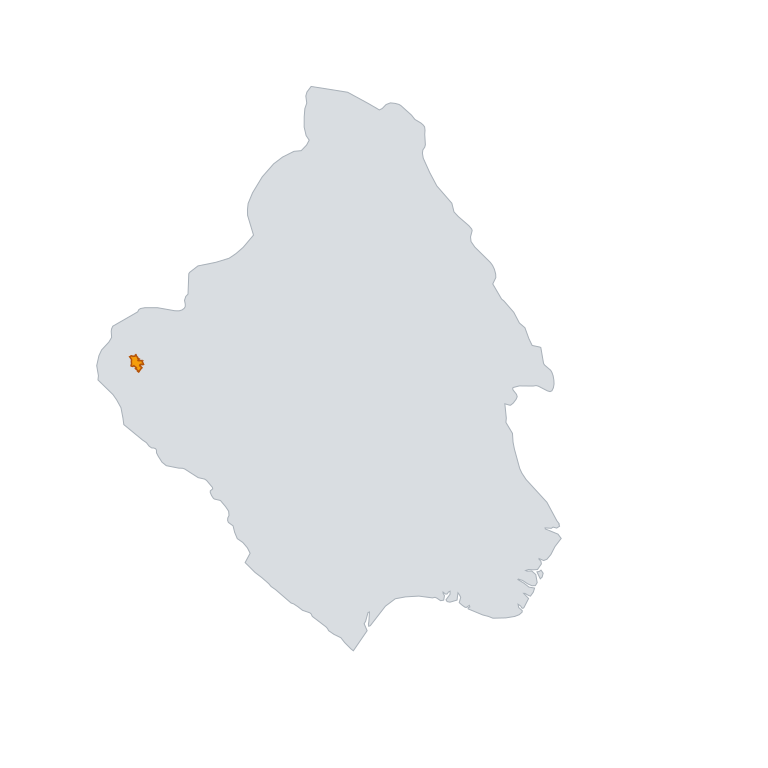 Wamakko, Sokoto, Nigeria shown in context, rotated 308°
{"feature_id": "59680162B10831398447622", "entity_name": "Wamakko", "entity_type": "district", "adm_level": 2, "iso_a3": "NGA", "parent_name": "Nigeria", "parent_adm1": "Sokoto", "projection": "equal_earth", "projection_center": [5.187, 13.089], "detail": "fine", "context": "in_parent", "style": "filled", "palette": "amber", "viewbox_px": 768, "rotation_deg": 308, "n_neighbors": 0, "source": "geoboundaries", "source_scale": "gbopen_adm2", "svg_char_len": 5802}
<svg xmlns="http://www.w3.org/2000/svg" viewBox="0 0 768 768"><g transform="rotate(308 384 384)"><path d="M573.6,143.4L591.5,175.7L595.5,199.7L597.1,211.6L600.0,213.0L605.5,213.6L609.5,216.0L611.9,219.9L613.5,223.6L613.8,225.8L612.8,240.2L611.5,245.4L612.4,252.6L612.2,255.6L611.6,257.7L609.2,260.1L605.8,262.4L598.0,269.3L595.7,270.3L592.4,270.5L589.5,272.2L586.1,275.9L578.8,289.8L572.6,303.7L568.2,326.2L562.7,333.2L561.7,339.4L561.0,353.5L560.1,357.7L559.2,359.0L553.2,361.6L549.8,364.9L547.8,371.3L545.3,392.9L544.3,396.5L542.4,400.3L539.4,404.3L536.7,406.6L529.8,408.1L523.3,424.4L523.3,427.2L520.4,442.1L515.4,453.2L515.1,460.4L508.9,470.3L505.6,477.0L509.0,484.0L509.3,485.1L498.5,497.0L497.8,498.8L497.4,507.0L496.5,509.2L494.6,512.2L491.6,515.5L488.7,518.0L485.3,519.8L482.0,520.5L480.2,519.5L479.2,517.0L477.3,506.9L476.4,504.8L474.2,502.8L465.8,491.8L460.7,487.9L459.6,488.2L458.8,489.2L457.4,494.8L456.0,496.8L453.3,497.5L448.6,497.6L445.2,496.8L444.5,495.7L442.8,491.4L432.4,501.4L428.8,503.7L424.2,515.6L417.6,521.5L413.1,526.7L401.0,542.9L398.6,547.6L396.2,554.8L391.1,585.2L382.7,604.3L381.6,608.3L381.1,608.2L380.0,609.9L376.8,608.8L375.3,605.3L373.3,604.7L369.8,599.5L369.1,600.4L372.8,613.5L371.4,618.7L361.2,618.8L352.3,620.5L346.3,620.3L343.2,618.5L341.9,613.6L341.3,614.1L341.0,616.7L339.1,618.8L332.3,619.2L329.3,615.8L326.8,612.1L324.2,610.4L324.6,612.0L327.6,615.6L327.3,620.9L321.8,627.0L318.3,627.4L316.1,624.7L315.0,620.4L314.5,614.1L313.0,609.9L312.3,609.9L313.2,616.8L313.2,623.3L315.9,628.3L311.9,629.8L307.0,630.0L306.4,628.2L305.8,624.0L305.0,622.9L304.0,630.0L294.1,631.9L292.7,631.6L292.4,630.3L293.2,628.4L293.0,625.2L290.8,627.7L290.5,632.5L289.2,633.3L285.5,632.6L281.3,630.1L274.7,624.0L266.5,614.0L265.2,609.5L262.8,604.0L258.6,588.8L259.3,588.1L261.2,588.9L262.1,587.5L258.7,586.5L258.0,585.4L257.8,582.0L258.0,577.9L263.1,575.8L264.3,573.3L265.0,570.8L258.7,574.6L252.7,570.3L251.4,567.7L252.1,565.7L259.0,565.5L261.4,563.6L259.9,562.9L257.3,563.0L256.3,561.7L256.4,558.6L255.5,559.3L254.4,562.0L250.4,564.1L248.1,562.0L247.8,557.5L247.3,555.5L245.3,553.9L238.3,542.0L229.5,532.0L221.7,525.1L209.8,521.9L185.1,522.0L183.7,521.1L185.2,519.5L187.4,518.4L195.4,512.9L194.0,512.1L185.7,515.6L182.9,515.9L179.2,522.6L154.9,524.1L154.9,521.0L156.0,512.3L157.5,506.2L155.9,498.8L155.5,492.2L156.5,490.1L156.9,487.6L156.7,470.6L158.0,468.1L158.0,466.3L155.5,459.1L155.5,453.5L155.1,448.1L154.2,445.6L155.2,424.9L154.9,419.7L155.7,416.1L156.2,407.1L156.1,398.3L157.8,384.5L168.2,382.7L170.8,377.2L172.2,370.4L171.8,363.6L175.2,357.6L179.3,352.4L179.1,346.6L180.2,344.8L182.2,343.4L185.0,342.8L188.1,339.9L189.8,334.8L191.5,326.8L188.9,321.1L188.9,319.9L189.9,316.9L191.6,313.8L192.9,312.9L195.9,313.6L196.9,312.4L198.8,303.5L198.6,301.1L195.8,295.2L194.3,279.1L193.5,277.0L191.3,274.0L185.6,262.7L185.7,257.3L188.1,250.5L189.7,247.1L191.9,245.3L192.4,243.7L191.7,241.8L190.6,240.3L190.4,237.2L191.5,232.9L191.2,228.2L191.8,204.0L196.5,199.2L203.4,191.3L206.9,183.1L208.8,176.9L211.1,156.1L214.7,153.9L221.6,146.3L230.9,141.9L237.0,140.5L247.6,141.4L253.0,140.7L257.6,136.6L259.7,135.4L262.6,134.7L289.2,145.5L291.6,145.0L293.6,145.7L296.9,148.6L304.7,158.6L313.0,174.2L315.5,177.5L318.1,179.3L320.7,180.0L322.7,179.7L324.6,178.2L327.1,175.3L331.0,173.9L334.2,174.2L350.7,162.3L352.3,162.1L362.5,164.7L376.4,176.6L387.7,184.5L395.7,187.1L405.0,188.9L421.0,189.5L432.9,172.7L437.3,169.1L442.6,165.8L453.8,162.7L472.3,160.5L489.6,161.5L500.5,164.4L511.9,169.8L516.9,175.1L524.6,175.9L530.1,174.9L531.8,169.7L537.3,162.9L545.6,156.5L552.3,152.1L557.8,150.2L562.8,145.1L566.7,143.5L573.6,143.4ZM332.9,625.9L329.2,627.5L326.7,627.1L330.1,620.2L331.8,621.7L334.0,622.3L332.9,625.9Z" fill="#d9dde1" stroke="#a8b0b8" stroke-width="1"/><path d="M242.4,183.3L242.5,183.3L243.1,183.4L243.3,183.3L243.9,183.2L244.3,183.2L244.5,183.2L244.8,183.1L245.2,183.1L245.5,183.2L245.8,183.1L246.0,183.1L246.5,183.1L246.8,183.1L247.2,183.2L247.6,183.3L247.8,183.3L247.9,181.5L248.3,181.4L248.3,181.2L248.3,180.7L248.3,180.4L248.0,180.4L247.9,180.2L248.0,180.1L248.7,179.8L249.0,180.1L249.4,180.1L249.6,180.1L249.8,180.3L250.1,180.4L250.3,180.7L250.3,180.8L250.2,181.0L250.3,181.1L250.5,181.4L250.7,181.6L250.6,181.8L250.7,182.0L250.8,182.1L251.0,182.3L251.4,182.4L251.4,182.1L251.4,181.9L251.7,181.9L252.0,181.6L252.1,181.2L252.3,180.7L252.4,180.2L252.9,179.9L252.9,179.7L253.0,179.5L253.0,179.4L253.1,179.5L253.2,179.4L253.3,179.4L253.2,179.3L253.2,179.2L253.3,179.0L253.2,179.0L253.2,178.9L253.1,178.7L253.0,178.4L252.9,178.3L252.9,178.2L252.8,177.9L252.7,177.9L252.5,177.7L252.4,177.5L252.1,177.4L252.1,177.2L251.9,177.0L251.9,176.9L251.8,176.7L251.6,176.6L251.3,176.3L251.3,176.2L251.2,176.1L251.1,175.8L251.3,175.8L251.4,175.7L251.5,175.6L251.8,175.6L251.8,175.4L252.0,175.3L252.2,175.2L252.3,175.2L252.4,175.3L252.5,175.3L252.5,175.5L252.8,175.7L253.0,175.7L252.9,175.3L252.8,174.8L252.7,174.8L252.6,174.2L252.8,174.0L253.0,173.9L253.3,173.6L253.4,173.4L253.4,173.2L253.4,172.9L253.4,172.7L253.4,172.4L253.5,172.3L253.5,172.2L253.6,171.9L253.7,171.7L253.8,171.5L253.8,171.4L254.1,171.0L254.2,170.9L254.3,170.8L254.4,170.4L253.6,170.2L253.1,170.4L252.7,170.6L252.4,170.5L252.2,170.2L251.9,169.9L251.2,169.2L251.4,168.9L251.2,168.7L250.9,168.3L250.9,168.2L250.7,167.6L250.6,167.4L250.0,167.2L249.8,167.3L249.5,167.2L248.9,166.8L248.6,167.7L248.6,167.9L248.5,168.2L248.2,168.8L248.1,169.3L247.9,169.9L247.8,170.0L247.4,170.3L247.2,170.5L246.9,170.7L246.5,170.8L244.6,172.5L244.3,172.8L243.9,173.0L243.3,173.0L242.8,173.3L242.5,173.7L243.2,175.3L243.7,175.4L244.4,175.6L244.3,176.0L244.4,176.4L244.4,176.6L244.4,178.3L244.3,179.0L243.9,178.9L243.1,178.7L243.1,179.8L243.0,181.9L242.5,182.0L242.4,182.0L242.4,183.2L242.4,183.3Z" fill="#f59e0b" stroke="#b45309" stroke-width="1.5"/></g></svg>